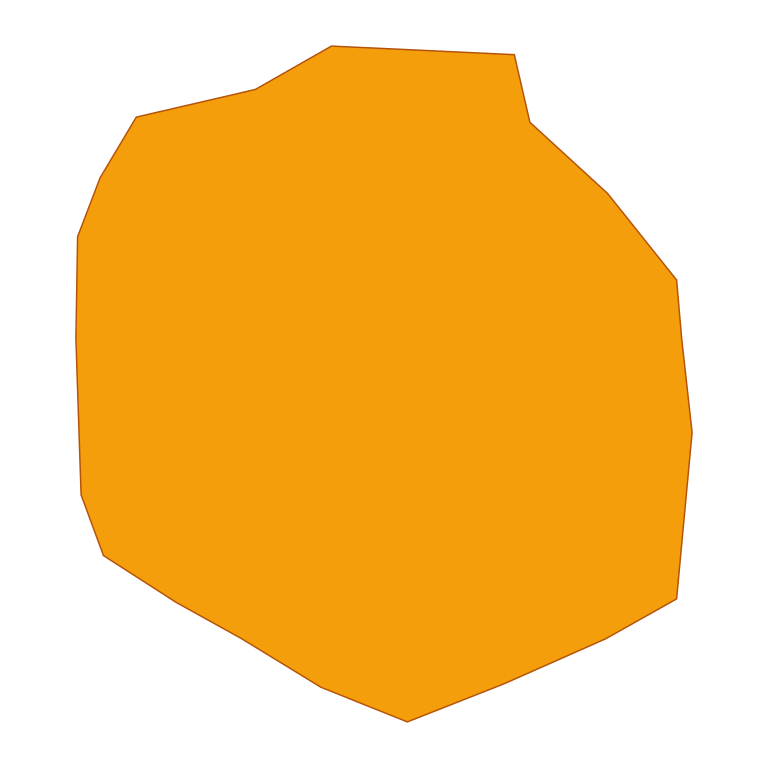 the district of Khankendi City, Stepanakert, Azerbaijan
{"feature_id": "54616110B15657888815271", "entity_name": "Khankendi City", "entity_type": "district", "adm_level": 2, "iso_a3": "AZE", "parent_name": "Azerbaijan", "parent_adm1": "Stepanakert", "projection": "mercator", "projection_center": [46.797, 39.842], "detail": "fine", "context": "isolated", "style": "filled", "palette": "amber", "viewbox_px": 768, "rotation_deg": 0, "n_neighbors": 0, "source": "geoboundaries", "source_scale": "gbopen_adm2", "svg_char_len": 425}
<svg xmlns="http://www.w3.org/2000/svg" viewBox="0 0 768 768"><path d="M630.5,222.2L607.5,193.4L529.9,122.3L514.3,54.7L331.4,46.1L255.4,89.4L248.3,91.1L136.3,117.1L100.1,177.8L77.6,236.7L75.9,338.9L81.1,494.9L103.5,555.6L176.0,602.3L241.6,638.7L247.3,642.2L321.0,687.3L407.3,721.9L504.0,683.8L605.8,638.7L676.6,598.9L692.1,432.5L681.7,338.9L676.6,280.0L630.5,222.2Z" fill="#f59e0b" stroke="#b45309" stroke-width="1.5"/></svg>